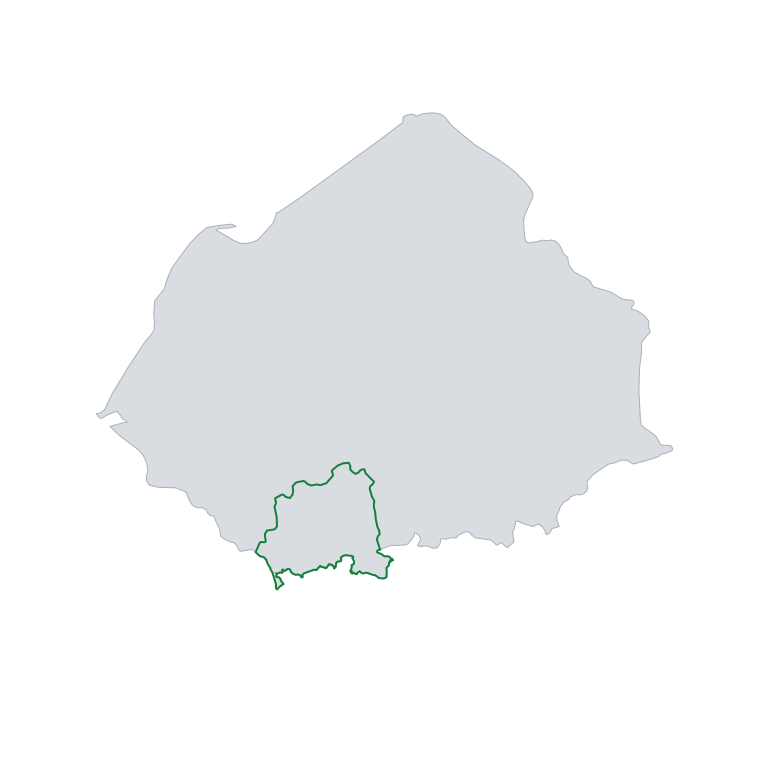 location of Lower Silesian within Poland, rotated 321°
{"feature_id": "POL-3141", "entity_name": "Lower Silesian", "entity_type": "Voivodeship", "adm_level": 1, "iso_a3": "POL", "parent_name": "Poland", "parent_adm1": "", "projection": "mercator", "projection_center": [16.102, 50.931], "detail": "fine", "context": "in_parent", "style": "outline", "palette": "green", "viewbox_px": 768, "rotation_deg": 321, "n_neighbors": 0, "source": "natural_earth", "source_scale": "10m", "svg_char_len": 7296}
<svg xmlns="http://www.w3.org/2000/svg" viewBox="0 0 768 768"><g transform="rotate(321 384 384)"><path d="M605.4,424.3L608.0,429.8L609.0,434.1L608.0,437.4L608.3,440.8L618.1,455.3L621.8,465.7L624.1,469.8L629.6,475.1L630.1,477.3L627.9,479.3L624.7,480.1L623.8,481.9L627.1,486.8L629.5,495.0L629.3,501.8L627.4,503.5L625.1,507.5L623.5,511.1L610.6,513.6L607.5,517.5L600.5,525.0L595.7,529.3L588.6,537.1L577.3,550.4L561.0,572.8L558.2,577.9L558.8,582.1L561.7,592.0L562.3,596.4L561.8,600.5L560.8,604.1L561.0,605.8L568.0,612.5L568.2,613.9L567.6,615.7L566.1,617.1L560.8,615.7L554.8,612.9L552.8,613.2L549.5,612.5L536.2,607.1L527.2,602.9L526.3,600.1L524.6,596.1L520.8,592.7L512.0,589.8L508.4,587.6L494.2,586.3L488.0,586.2L483.6,587.2L480.8,587.1L476.9,593.0L474.3,594.7L470.4,594.9L467.0,593.9L463.5,590.7L457.9,589.1L453.9,589.9L451.0,589.2L448.4,589.0L447.5,589.7L445.4,589.6L442.5,591.1L439.2,593.2L435.6,594.8L432.9,598.2L430.4,605.0L423.4,602.0L421.1,603.3L417.8,604.2L415.5,603.3L416.1,600.9L417.1,598.3L417.0,594.6L416.4,590.6L414.2,589.3L411.0,588.8L409.3,588.0L409.1,586.6L407.5,584.9L404.6,580.5L401.9,575.1L400.0,573.4L397.3,576.0L393.1,579.0L390.6,580.0L385.6,588.5L376.7,588.7L376.1,584.8L375.2,581.0L369.9,580.1L369.8,577.8L368.7,572.2L358.2,561.2L357.0,556.7L357.4,554.9L356.6,552.0L354.4,550.2L346.1,548.1L344.0,549.3L342.0,548.1L339.0,545.4L333.8,543.3L333.2,542.1L331.3,540.3L330.3,540.0L329.6,541.2L328.1,542.8L322.7,544.8L320.6,544.0L318.6,542.2L316.4,538.3L313.2,535.0L310.5,533.8L309.0,532.0L308.6,530.6L314.6,527.8L315.8,525.0L315.1,519.7L314.2,519.1L311.9,520.8L306.9,522.4L302.4,523.1L300.1,523.1L287.1,513.6L278.6,510.6L273.7,509.8L273.1,510.8L275.4,516.1L279.2,522.7L279.1,524.5L271.8,528.4L268.6,530.6L266.0,533.8L263.7,535.2L261.8,534.9L259.7,533.3L254.3,523.6L247.5,516.1L246.7,514.4L244.6,514.1L241.6,512.3L240.6,510.0L242.1,507.6L244.2,505.5L247.8,504.1L248.9,502.8L249.6,500.9L250.9,498.4L250.6,497.5L248.0,494.7L244.2,492.1L233.5,494.0L230.6,495.5L229.0,493.6L227.7,490.9L225.0,490.4L221.3,487.9L217.0,485.5L212.7,484.8L203.8,481.3L200.4,481.1L198.4,479.9L196.3,477.2L194.6,474.3L193.7,468.4L187.1,465.7L180.6,464.0L180.2,464.9L180.4,470.9L180.1,474.0L175.8,476.0L171.5,476.2L171.8,475.2L176.8,464.5L179.1,457.7L181.7,445.3L178.6,435.5L177.7,430.9L176.3,428.7L167.3,423.9L166.7,422.2L168.0,415.7L167.4,412.9L165.2,410.0L162.4,404.2L161.3,399.3L164.9,393.5L167.3,383.4L168.7,379.4L166.3,377.1L165.7,373.9L166.4,369.3L165.1,365.8L162.0,363.6L159.9,360.7L158.9,357.0L159.7,351.2L162.1,343.3L157.0,333.8L144.1,322.7L137.9,314.9L138.4,310.4L141.1,306.3L146.1,302.7L149.8,296.2L151.9,288.5L152.0,281.6L146.3,259.0L145.4,253.3L144.4,244.6L155.6,249.4L160.4,252.1L159.8,249.1L158.8,246.4L159.5,242.6L159.1,236.8L148.9,233.8L142.1,232.8L141.4,228.7L142.0,226.1L143.9,227.7L150.5,228.3L166.9,220.4L195.1,210.2L225.3,200.6L232.4,199.5L239.4,197.5L242.1,193.9L244.7,191.5L248.8,185.1L257.9,175.2L273.9,171.5L279.9,166.8L292.5,160.2L321.1,152.7L333.1,151.1L344.8,150.9L355.3,156.8L366.3,164.0L368.3,168.4L362.4,165.7L353.6,159.2L350.4,158.9L357.9,178.7L361.9,185.6L370.2,190.8L377.0,192.6L398.3,189.4L405.8,185.3L408.0,183.2L410.0,184.2L437.8,186.5L534.5,191.6L562.3,192.5L564.0,191.9L566.8,188.6L570.3,189.0L574.4,191.1L576.3,192.6L577.1,194.3L577.6,196.3L579.8,196.7L583.9,198.3L589.4,201.7L593.8,205.1L597.9,209.9L599.3,215.3L599.3,221.5L599.1,225.4L605.1,255.4L614.5,282.6L617.9,295.7L619.3,302.6L620.4,312.7L620.7,319.7L620.7,323.7L620.0,329.1L617.2,332.3L599.2,341.5L595.8,344.3L590.5,351.4L585.6,358.7L584.5,361.2L584.2,362.9L585.2,365.3L591.7,369.2L598.1,372.3L600.2,374.7L605.0,377.7L606.8,380.3L607.7,382.7L607.6,388.1L605.5,395.5L606.4,401.2L604.2,404.9L602.4,409.1L602.1,416.3L605.4,424.3Z" fill="#d9dde1" stroke="#a8b0b8" stroke-width="1"/><path d="M186.2,466.6L185.6,466.3L185.0,465.7L184.6,465.0L182.1,464.4L181.1,463.5L181.0,464.2L180.7,464.5L180.0,465.1L179.8,465.1L179.5,465.3L179.2,465.5L179.2,466.6L180.0,467.3L180.8,468.4L180.8,470.6L180.7,471.0L180.2,471.6L180.0,471.8L180.0,472.3L180.0,472.6L180.1,472.8L180.1,475.5L180.0,476.2L174.4,475.8L172.6,476.3L171.6,476.2L171.6,474.8L172.3,473.6L174.0,471.7L176.5,465.7L178.7,460.1L178.9,459.2L178.9,457.7L179.0,457.0L179.2,456.4L179.6,456.0L179.9,455.5L180.0,454.5L180.1,452.5L180.5,450.3L181.2,448.2L182.0,446.6L181.8,446.3L181.6,446.1L181.9,443.8L181.2,442.3L180.0,440.9L179.1,439.3L179.0,438.8L178.8,437.4L178.5,433.9L179.4,433.4L187.3,429.3L188.7,429.2L191.6,431.8L193.1,431.9L195.6,427.6L197.2,425.6L200.8,424.3L207.7,428.2L211.2,427.3L216.7,420.1L221.6,410.6L222.6,409.8L224.3,409.2L225.8,407.7L226.6,405.6L227.5,404.3L235.0,405.7L236.3,407.1L236.5,409.9L239.2,413.4L243.1,412.5L246.1,409.9L248.6,406.0L252.9,405.1L254.9,405.7L260.4,408.7L261.3,410.7L261.5,413.3L263.6,417.1L268.4,419.7L271.1,422.7L276.8,424.8L286.9,423.0L288.8,418.7L290.9,418.3L296.7,418.3L302.1,419.8L307.0,423.0L306.5,425.3L305.9,427.2L304.7,428.0L304.0,429.7L304.3,433.1L305.4,436.0L308.3,436.7L311.4,436.1L313.2,436.6L315.0,438.0L313.6,441.4L314.2,449.4L314.8,453.4L313.2,454.4L311.5,454.8L309.8,454.7L308.2,455.2L306.9,456.6L304.0,463.2L303.5,465.1L303.2,467.2L302.4,469.5L300.8,470.6L298.5,473.6L296.7,477.7L292.6,483.8L289.1,490.6L287.9,495.0L286.1,498.0L283.2,498.5L280.6,500.5L277.0,509.4L276.8,510.3L275.4,509.5L274.3,509.3L272.9,510.1L273.0,511.2L274.5,513.6L275.1,515.0L275.5,516.6L275.9,518.1L276.9,519.1L278.1,519.8L279.0,520.8L279.5,522.2L279.6,524.0L280.2,524.9L280.3,525.9L280.0,526.6L279.4,526.3L278.9,525.5L278.6,525.1L278.3,524.9L277.6,524.9L277.5,525.1L277.5,526.0L277.4,526.3L276.9,526.3L276.0,526.0L275.6,526.0L275.0,526.4L274.2,527.6L273.7,528.0L273.1,528.1L272.5,528.3L271.6,528.2L270.6,528.3L269.5,529.3L268.6,530.6L268.0,531.7L267.4,532.5L266.4,533.3L264.8,535.4L262.8,535.6L260.8,534.5L259.1,532.9L258.2,531.8L257.7,530.8L257.2,528.2L256.6,526.7L255.1,525.2L254.5,524.0L253.8,523.1L252.5,520.8L251.8,519.8L250.7,519.0L248.5,518.2L247.7,517.0L247.5,516.3L247.6,515.6L247.5,514.9L247.2,514.2L246.7,514.1L244.5,514.1L243.9,514.2L243.6,514.6L243.2,514.6L242.6,514.1L242.3,513.7L241.7,511.7L240.1,511.4L239.6,510.0L240.0,508.8L241.0,509.0L240.9,508.8L240.7,507.9L241.0,507.9L241.4,507.6L241.7,507.5L242.4,506.9L243.3,506.3L244.1,505.7L244.4,504.7L245.2,504.4L246.8,504.9L247.6,504.7L248.1,504.0L249.1,503.0L249.5,502.4L249.4,502.5L249.4,502.0L249.5,501.4L249.5,501.0L249.8,500.6L249.9,500.4L249.9,500.1L249.7,499.5L251.3,498.9L250.8,497.4L246.6,493.0L245.1,492.1L243.5,491.7L241.7,491.6L241.1,491.8L240.7,492.6L240.3,493.5L239.7,494.3L238.9,494.5L238.2,494.1L236.6,493.0L234.5,492.7L231.5,495.7L229.4,496.1L229.3,495.9L229.2,495.6L229.3,495.4L229.4,495.1L230.1,494.5L230.2,493.6L229.9,492.5L229.5,491.5L228.8,490.3L228.2,489.6L227.4,489.5L224.4,490.6L223.1,490.6L222.8,490.5L220.3,486.3L220.1,485.8L220.0,485.3L218.8,485.2L214.7,486.1L214.2,486.0L213.8,485.6L213.1,484.6L212.6,484.2L206.7,482.2L202.7,480.8L200.7,481.0L200.2,481.5L199.7,482.4L199.2,482.9L198.5,482.7L198.2,482.1L198.2,481.3L198.3,480.5L198.3,479.8L197.7,478.3L197.0,477.7L196.1,477.3L195.1,476.5L194.6,475.7L194.0,474.4L193.5,473.0L193.4,471.9L193.7,470.4L194.2,469.6L194.2,468.9L193.4,467.6L192.1,466.9L189.3,466.9L188.8,465.7L188.6,464.5L188.0,464.3L187.4,464.7L187.0,465.7L186.8,466.5L186.2,466.6Z" fill="none" stroke="#15803d" stroke-width="2"/></g></svg>